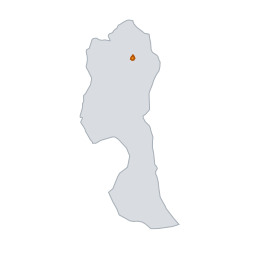 Silajāņu pag., Riebinu, Latvia (highlighted), rotated 258°
{"feature_id": "27541924B19288129652023", "entity_name": "Silajāņu pag.", "entity_type": "district", "adm_level": 2, "iso_a3": "LVA", "parent_name": "Latvia", "parent_adm1": "Riebinu", "projection": "natural_earth1", "projection_center": [26.904, 56.358], "detail": "fine", "context": "in_parent", "style": "filled", "palette": "amber", "viewbox_px": 256, "rotation_deg": 258, "n_neighbors": 0, "source": "geoboundaries", "source_scale": "gbopen_adm2", "svg_char_len": 2764}
<svg xmlns="http://www.w3.org/2000/svg" viewBox="0 0 256 256"><g transform="rotate(258 128 128)"><path d="M186.3,173.1L184.8,172.9L180.6,171.7L177.1,169.9L175.0,167.6L171.3,164.4L168.9,162.8L165.2,160.7L158.9,156.5L156.7,155.6L145.6,153.7L141.5,152.9L137.9,148.2L136.7,145.4L134.9,144.9L132.9,145.5L130.7,146.1L125.7,149.3L124.1,149.7L120.9,149.8L113.7,150.5L110.4,149.3L104.7,148.0L101.6,147.8L98.8,147.9L86.6,146.6L84.3,148.0L82.1,148.2L79.9,146.1L77.2,145.5L74.2,146.2L68.7,146.3L62.2,145.6L54.0,145.1L52.8,145.3L43.5,148.2L41.2,148.6L31.1,153.4L23.1,157.8L22.4,150.7L23.4,136.4L24.8,129.4L30.3,125.3L33.2,122.1L34.9,117.8L35.5,113.9L36.7,110.7L44.8,101.3L51.0,100.3L59.5,97.7L69.0,95.6L70.7,98.3L71.6,100.4L82.8,108.0L85.6,110.6L89.8,119.4L100.3,123.9L108.6,122.4L112.2,120.3L118.9,116.3L121.9,113.4L122.5,110.6L121.5,98.6L119.8,93.4L120.5,90.1L121.6,90.3L124.4,88.7L133.7,85.8L135.5,85.7L137.6,85.1L143.4,82.9L145.3,84.1L146.8,85.4L147.7,85.4L148.1,84.9L148.0,84.1L148.4,83.5L150.1,83.8L156.8,87.4L159.3,88.3L161.1,88.5L163.2,90.2L168.9,91.3L169.6,92.2L170.1,93.3L175.4,97.9L177.8,100.2L182.6,102.3L184.6,102.8L193.0,100.7L195.3,99.9L197.2,99.9L199.2,101.0L203.7,102.6L207.7,103.0L208.5,102.9L211.9,103.1L213.1,103.7L213.9,106.6L217.8,108.9L221.5,110.9L222.4,111.7L222.7,113.5L222.5,115.5L222.0,116.5L220.5,117.7L219.2,120.7L219.0,123.6L217.0,128.6L217.4,128.7L221.8,127.8L223.1,128.3L224.0,129.4L224.4,132.5L225.8,133.9L227.3,136.1L227.8,137.8L230.6,139.9L230.8,141.2L232.6,145.9L233.3,148.6L233.6,150.6L232.7,153.3L232.0,155.1L231.1,155.0L228.6,155.4L224.6,157.6L218.7,162.7L217.2,163.8L215.6,167.7L215.3,168.1L211.8,167.9L210.9,167.8L207.4,167.9L199.8,166.9L196.9,167.6L193.0,171.5L191.5,172.1L187.1,172.6L186.3,173.1Z" fill="#d9dde1" stroke="#a8b0b8" stroke-width="1"/><path d="M195.2,145.1L194.9,144.9L194.8,145.0L194.7,145.0L194.5,145.3L194.4,145.4L194.3,145.5L194.2,145.6L193.9,145.7L193.9,145.8L193.8,146.0L193.7,146.0L193.5,146.3L193.4,146.4L193.4,146.5L193.4,146.8L193.5,146.8L193.5,147.1L193.6,147.4L193.6,147.5L193.8,147.8L194.0,147.9L194.1,148.0L194.3,148.1L194.4,148.3L194.4,148.5L194.2,148.5L194.3,148.6L194.5,148.5L194.8,148.6L195.0,148.6L195.2,148.8L195.1,149.0L195.3,149.0L195.5,149.0L195.6,148.9L195.8,148.9L196.1,148.8L196.2,148.7L196.3,148.8L196.5,148.8L196.6,148.7L196.5,148.4L196.6,148.2L196.8,148.1L197.0,148.2L197.2,148.3L197.3,148.3L197.4,148.5L197.5,148.5L197.8,148.4L198.0,148.3L198.0,148.2L198.2,147.9L197.9,147.8L197.9,147.7L197.7,147.6L197.6,147.4L197.6,147.2L197.4,147.0L197.3,146.9L197.2,146.8L197.0,146.7L197.0,146.4L196.9,146.3L196.8,146.2L196.6,146.2L196.5,145.9L196.4,145.7L196.2,145.6L195.9,145.5L195.8,145.4L195.7,145.4L195.4,145.3L195.4,145.2L195.2,145.1Z" fill="#f59e0b" stroke="#b45309" stroke-width="1.5"/></g></svg>